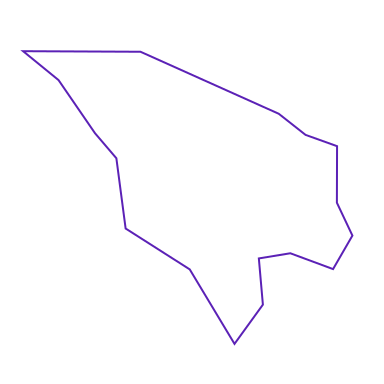 SVG path tracing the border of Faetano, rotated 265°
{"feature_id": "SMR-4888", "entity_name": "Faetano", "entity_type": "state/province", "adm_level": 1, "iso_a3": "SMR", "parent_name": "San Marino", "parent_adm1": "", "projection": "equal_earth", "projection_center": [12.476, 43.936], "detail": "fine", "context": "isolated", "style": "outline", "palette": "violet", "viewbox_px": 384, "rotation_deg": 265, "n_neighbors": 0, "source": "natural_earth", "source_scale": "10m", "svg_char_len": 389}
<svg xmlns="http://www.w3.org/2000/svg" viewBox="0 0 384 384"><g transform="rotate(265 192 192)"><path d="M347.0,36.0L336.2,152.9L270.8,270.1L262.4,285.2L239.0,310.1L225.0,340.5L168.7,335.4L134.6,348.0L102.9,325.8L122.4,284.6L120.0,252.8L73.6,252.8L37.0,221.1L115.1,183.0L161.4,122.7L232.2,119.6L259.0,100.5L315.1,68.8L347.0,36.0Z" fill="none" stroke="#5b21b6" stroke-width="2"/></g></svg>